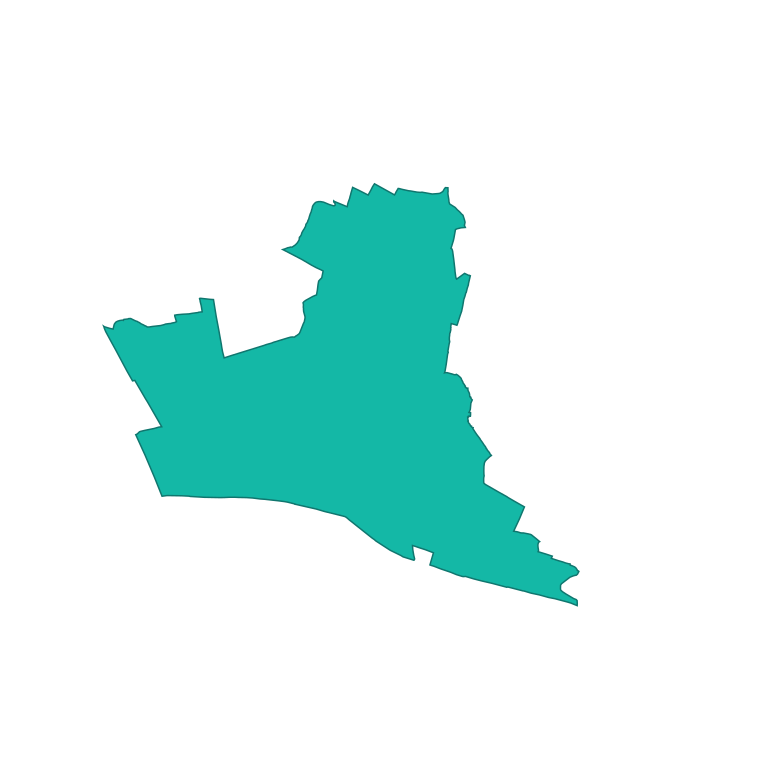 the district of Helesteni, Iasi, Romania, rotated 208°
{"feature_id": "2599482B91920922475689", "entity_name": "Helesteni", "entity_type": "district", "adm_level": 2, "iso_a3": "ROU", "parent_name": "Romania", "parent_adm1": "Iasi", "projection": "robinson", "projection_center": [26.863, 47.189], "detail": "fine", "context": "isolated", "style": "filled", "palette": "teal", "viewbox_px": 768, "rotation_deg": 208, "n_neighbors": 0, "source": "geoboundaries", "source_scale": "gbopen_adm2", "svg_char_len": 6147}
<svg xmlns="http://www.w3.org/2000/svg" viewBox="0 0 768 768"><g transform="rotate(208 384 384)"><path d="M463.3,563.3L463.5,558.9L463.4,557.6L463.5,555.9L486.4,556.3L486.6,554.1L486.7,552.8L486.6,548.9L486.7,543.4L497.1,543.2L504.0,542.9L502.8,537.1L502.3,535.2L502.0,533.6L501.5,531.8L500.9,527.7L500.5,525.8L499.7,523.3L500.1,523.2L513.5,521.9L514.3,522.1L514.1,521.5L513.9,521.3L513.6,521.0L512.1,520.5L511.7,520.0L511.2,519.2L511.2,518.6L511.7,517.9L512.3,517.6L516.4,516.8L522.7,516.2L525.6,515.3L527.3,514.4L529.2,512.8L529.8,511.8L530.4,509.5L530.5,507.8L530.4,506.9L529.9,505.5L529.6,503.6L529.1,501.6L529.0,499.7L528.6,497.3L527.9,494.2L527.9,492.6L527.6,491.2L527.6,490.3L527.9,488.4L527.3,486.4L527.3,485.9L527.3,483.3L527.5,481.6L527.5,478.7L527.1,477.1L527.1,475.6L527.3,474.6L527.5,474.1L527.5,473.6L526.8,472.0L526.6,471.1L526.8,467.9L527.3,466.1L527.6,465.1L529.4,461.7L531.0,460.9L531.7,460.1L532.9,459.2L534.9,456.8L536.5,455.2L515.4,455.4L503.4,454.9L498.4,454.9L493.6,455.2L490.8,455.2L488.8,448.5L489.5,446.3L490.0,444.2L489.0,441.0L486.8,435.3L485.4,430.9L486.3,430.0L488.1,427.7L492.4,421.1L493.3,419.2L493.6,417.7L492.3,416.1L491.3,413.9L490.4,412.7L490.1,412.0L489.0,410.3L485.2,406.2L484.6,404.9L483.5,401.1L483.6,399.9L482.5,390.3L482.5,388.7L482.9,387.7L483.9,385.6L484.4,385.0L485.1,383.3L487.0,382.5L488.5,381.5L490.4,379.7L501.2,368.9L502.5,367.3L506.4,363.6L508.2,361.6L531.4,338.2L537.4,332.0L541.7,336.7L544.6,340.4L546.2,342.6L551.8,349.7L554.6,353.3L563.9,364.9L574.2,378.5L577.3,377.1L586.1,373.6L586.9,373.1L587.0,372.9L586.5,372.3L585.5,371.3L585.1,370.8L585.1,370.6L582.2,367.4L578.4,362.4L581.5,360.2L581.6,359.9L586.5,356.4L589.2,354.3L594.5,351.1L599.1,348.1L601.1,346.5L600.6,345.7L596.5,341.6L597.6,340.1L599.7,338.4L601.0,337.1L602.2,336.4L605.1,334.3L605.9,333.3L608.6,330.8L615.6,326.0L618.1,324.1L619.8,323.2L621.7,323.4L622.6,323.1L623.8,323.3L625.0,323.2L627.0,323.1L628.6,323.4L630.3,323.3L631.4,323.4L632.7,323.1L634.8,323.0L638.4,322.9L639.0,322.5L640.0,322.0L640.9,321.0L644.0,318.9L644.0,317.8L644.8,317.7L647.0,316.1L648.9,314.2L649.9,312.5L650.2,310.2L649.9,308.8L649.0,305.3L652.6,304.3L657.7,303.3L658.6,303.4L657.9,302.8L657.1,301.9L654.3,299.6L644.5,293.1L636.7,288.0L617.4,275.0L607.5,268.7L605.7,270.2L587.8,259.1L584.2,257.0L560.2,241.9L562.6,240.2L566.1,236.8L573.5,230.7L576.9,227.7L577.5,226.9L578.0,225.3L578.4,224.1L578.9,223.3L579.4,222.7L561.3,208.8L542.8,193.8L527.3,180.7L523.1,183.7L510.2,190.3L503.4,193.5L502.4,193.7L489.5,199.6L475.3,206.8L471.7,208.8L467.5,211.3L462.5,214.0L459.3,215.5L452.2,219.1L446.4,221.7L439.5,224.3L435.0,226.3L422.9,231.1L416.8,233.4L413.7,234.4L406.5,236.2L406.4,236.0L385.1,241.8L376.7,243.5L358.8,248.0L356.2,248.6L355.3,248.6L353.8,248.4L350.9,247.7L322.2,242.4L319.6,242.1L317.6,241.6L300.4,240.1L288.5,240.5L286.1,240.3L275.0,242.4L274.7,242.7L274.8,243.9L277.3,246.7L280.7,251.1L281.6,252.5L283.0,254.8L279.8,255.4L275.9,256.0L269.8,257.1L261.1,258.2L258.5,245.8L257.0,246.0L254.6,246.5L247.1,247.4L236.6,249.1L230.5,249.7L224.2,250.9L223.2,251.4L221.6,252.4L213.5,254.0L205.2,256.0L195.1,258.7L180.1,262.2L179.4,262.9L164.0,266.6L163.4,266.9L155.9,268.4L147.9,270.7L138.4,272.8L132.2,274.7L119.7,277.6L116.2,278.3L109.4,279.0L110.3,280.9L111.8,283.4L113.1,283.9L115.8,283.6L124.7,284.0L128.9,284.4L130.5,284.8L131.3,285.1L131.9,285.8L133.0,287.9L133.7,289.4L133.5,291.0L129.1,300.7L127.0,303.2L125.6,304.6L124.5,305.4L123.9,306.9L123.9,310.0L124.4,310.2L125.8,310.1L126.3,310.7L128.5,311.8L130.0,312.0L133.6,311.7L134.5,311.4L135.2,312.5L136.5,312.0L139.8,311.2L142.2,310.9L147.5,309.8L154.4,308.6L154.6,311.0L161.0,309.9L169.2,308.3L169.2,308.6L169.5,309.7L171.4,312.2L172.5,314.0L172.9,315.1L173.1,316.0L173.1,316.6L173.0,317.3L172.6,317.9L177.1,318.9L182.9,320.0L183.9,320.0L186.2,319.4L190.8,318.0L192.3,317.2L193.6,316.7L195.5,316.4L197.2,316.0L200.4,314.9L201.1,328.5L202.3,341.4L213.3,341.7L221.3,342.0L222.6,342.2L232.9,342.4L247.2,342.9L249.0,343.2L249.8,344.0L251.5,347.1L252.1,348.6L252.3,349.4L252.7,350.3L253.4,351.2L255.1,354.2L257.1,358.2L258.1,360.9L258.3,361.6L258.4,363.4L257.9,365.4L256.6,369.3L255.6,371.3L257.9,372.2L258.6,372.9L261.9,374.2L262.5,374.8L263.6,375.0L264.0,375.6L265.1,376.3L267.1,377.2L269.8,378.7L272.7,380.1L273.5,380.7L278.3,382.9L280.6,384.1L284.7,386.4L284.7,386.9L284.8,387.3L285.5,387.1L286.0,387.1L286.7,387.4L287.0,387.9L287.8,387.6L289.4,388.8L290.0,389.0L290.4,389.0L292.0,390.2L292.4,390.3L292.6,390.7L292.3,391.0L293.3,392.1L294.6,394.1L293.9,394.5L294.3,395.3L292.6,396.1L293.0,397.2L294.1,399.3L295.6,398.8L295.6,400.2L295.9,402.2L298.3,407.9L298.6,411.4L299.8,411.8L300.7,412.3L300.7,412.6L301.4,412.7L301.5,413.2L302.4,413.2L303.4,414.8L304.4,416.0L306.9,417.8L308.0,419.7L308.5,419.4L308.5,419.1L308.9,419.0L309.2,419.3L309.9,419.2L310.3,419.5L310.8,419.5L311.0,419.9L311.2,420.0L311.3,420.4L312.0,420.5L312.8,421.3L314.3,421.8L315.7,423.1L317.2,424.0L318.7,425.3L320.5,425.9L322.8,426.4L324.7,426.5L325.2,425.8L325.9,425.4L326.7,425.1L328.2,424.9L333.7,423.6L335.5,422.6L335.8,422.3L335.9,423.0L336.2,424.2L338.3,430.6L341.8,440.1L342.2,442.3L342.6,442.6L342.9,442.7L345.4,450.3L345.8,452.1L347.3,454.1L348.2,455.9L348.8,457.6L349.7,459.5L349.7,460.4L350.4,463.0L350.7,463.7L351.1,464.0L351.2,464.5L351.4,465.3L351.8,465.5L353.0,468.9L349.1,469.8L347.2,470.1L347.3,471.3L348.9,480.1L349.6,484.7L351.3,490.4L353.2,496.0L353.7,499.3L354.5,502.7L354.4,503.5L355.5,507.8L355.6,508.5L356.0,511.0L356.6,512.5L358.6,520.1L359.8,520.0L360.0,519.7L364.8,519.5L369.1,510.7L369.6,510.9L370.8,512.1L374.2,516.8L375.1,518.3L381.3,527.3L385.6,533.3L386.4,534.2L387.4,535.1L388.5,535.1L390.1,543.3L390.7,545.5L393.4,553.9L392.5,555.2L389.4,558.0L385.7,560.4L387.4,561.7L388.4,564.9L390.0,566.7L393.5,570.1L395.7,570.6L396.8,571.1L398.7,571.7L401.0,572.2L404.0,573.3L410.6,573.8L412.2,575.4L413.4,577.3L416.5,581.4L417.5,583.0L417.6,583.6L417.9,584.2L419.7,587.3L422.0,586.2L422.3,584.7L422.4,581.6L424.0,578.8L425.4,577.7L430.6,574.4L440.5,571.2L442.0,570.2L445.0,568.9L451.2,566.9L452.9,566.2L459.3,564.4L462.7,563.6L463.3,563.3Z" fill="#14b8a6" stroke="#0f766e" stroke-width="1.5"/></g></svg>